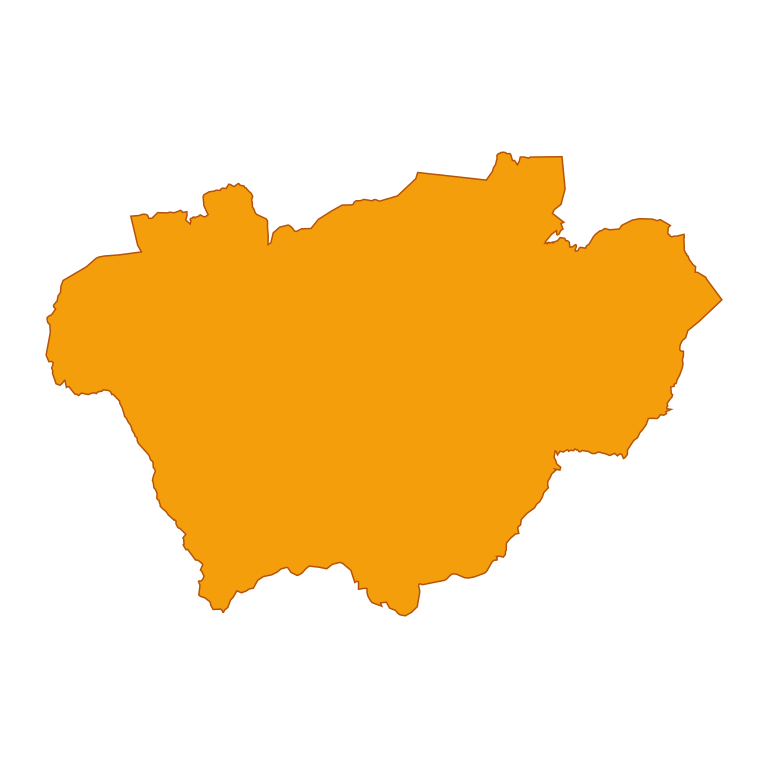 Taretan, Michoacán, Mexico
{"feature_id": "50627088B53214631198114", "entity_name": "Taretan", "entity_type": "district", "adm_level": 2, "iso_a3": "MEX", "parent_name": "Mexico", "parent_adm1": "Michoacán", "projection": "robinson", "projection_center": [-101.91, 19.326], "detail": "fine", "context": "isolated", "style": "filled", "palette": "amber", "viewbox_px": 768, "rotation_deg": 0, "n_neighbors": 0, "source": "geoboundaries", "source_scale": "gbopen_adm2", "svg_char_len": 6088}
<svg xmlns="http://www.w3.org/2000/svg" viewBox="0 0 768 768"><path d="M506.3,550.1L506.4,543.2L510.1,538.6L515.4,534.0L518.8,533.4L517.6,527.4L520.6,524.8L521.2,519.9L522.1,518.5L527.2,513.2L534.4,508.0L536.6,504.2L539.8,501.5L542.2,497.4L543.8,492.6L548.4,487.7L547.7,485.1L547.8,481.4L550.3,477.3L551.6,474.1L555.8,470.2L554.8,469.1L559.9,470.1L560.7,467.3L556.7,463.9L555.5,459.8L554.1,457.5L555.1,450.9L556.1,451.3L557.5,454.9L560.0,451.3L563.5,452.0L566.4,450.1L567.8,449.8L568.6,451.3L570.7,450.2L573.5,450.7L575.0,448.9L576.7,450.0L577.5,449.7L579.0,451.6L580.1,451.8L582.2,450.5L588.2,451.4L592.1,453.5L595.2,453.5L598.3,452.0L605.9,453.9L609.7,455.5L614.7,453.4L617.4,455.8L619.9,453.9L620.7,454.0L621.7,454.3L623.4,458.5L624.7,457.9L627.3,454.6L627.5,450.0L632.5,442.3L633.9,440.4L637.5,437.7L640.0,432.5L642.6,429.7L646.2,424.6L648.3,418.7L650.1,418.3L657.0,418.5L658.4,417.5L660.4,414.7L663.8,415.2L666.5,413.6L665.8,411.8L671.1,409.4L666.7,408.7L666.9,406.6L667.7,405.9L667.2,403.9L667.5,402.9L670.7,398.4L671.8,397.4L672.5,395.2L672.5,394.5L671.3,393.7L670.8,387.0L674.1,386.3L674.1,384.2L676.1,383.5L677.2,379.6L679.6,375.2L682.3,367.8L683.0,364.0L682.4,359.8L683.4,356.2L683.5,351.7L683.4,351.2L681.4,351.3L679.8,349.9L679.8,347.2L680.5,344.0L682.4,340.5L685.7,337.7L687.8,330.6L699.2,321.3L721.9,299.8L706.5,279.0L705.9,277.4L697.7,272.4L695.2,272.2L695.6,266.6L693.2,264.9L689.3,259.6L688.0,256.0L686.8,255.5L686.6,253.8L685.6,253.2L684.3,250.1L683.9,237.6L684.3,237.5L684.0,234.3L676.9,236.1L673.8,236.2L671.9,236.8L670.4,236.3L669.9,235.3L667.8,233.8L668.2,227.7L670.4,225.5L660.2,219.6L657.0,220.7L652.5,219.1L639.3,218.7L632.3,220.1L622.6,224.9L621.5,225.7L619.4,229.0L609.8,229.8L604.7,228.5L601.9,230.5L599.6,231.0L595.3,234.5L593.5,236.6L589.1,244.1L586.3,246.1L585.6,248.2L580.6,247.3L579.2,248.1L578.1,250.5L576.4,251.1L575.6,251.1L575.0,250.3L576.4,246.5L576.1,244.9L575.5,244.6L572.5,246.8L569.9,247.1L569.3,242.3L567.8,240.9L565.7,240.5L564.9,238.6L564.2,238.2L560.2,237.6L557.5,240.7L554.3,241.9L553.4,243.0L553.0,243.0L552.9,242.0L549.7,243.0L548.9,242.2L547.4,243.6L547.3,242.8L545.1,243.3L545.5,242.8L545.3,241.9L551.7,234.1L556.4,230.7L556.8,234.6L557.5,234.9L559.1,233.9L560.9,230.3L563.0,229.1L560.9,223.5L563.9,222.3L552.4,213.4L554.3,209.6L561.0,204.4L565.1,188.9L562.0,156.7L530.1,157.1L528.9,158.2L524.2,157.0L520.3,157.0L519.2,161.4L517.4,164.8L514.6,160.5L512.5,160.5L510.7,154.5L509.9,153.6L506.9,153.7L505.6,152.6L503.1,152.2L500.4,152.6L499.9,153.5L498.4,153.6L496.9,155.3L497.1,158.2L495.6,164.4L493.5,167.7L492.5,171.3L486.3,180.1L417.7,172.5L415.8,178.7L397.5,195.9L379.4,201.2L375.4,199.5L373.4,199.9L372.1,200.8L364.0,199.4L360.5,200.7L356.0,200.8L354.1,202.3L353.1,204.4L351.4,204.9L342.1,205.1L331.5,211.0L318.3,219.4L311.0,228.5L301.6,228.8L296.3,231.5L294.5,231.0L292.2,227.8L289.1,225.3L287.8,225.1L279.6,227.2L273.2,232.9L270.9,242.8L268.0,244.6L268.2,236.2L267.5,227.8L267.5,220.9L266.2,218.9L256.6,214.4L255.2,212.7L253.9,209.1L252.4,206.9L252.3,202.7L251.6,199.7L252.7,196.5L251.2,193.4L247.4,189.8L246.2,188.0L244.8,187.6L244.0,186.0L240.1,185.2L238.8,183.6L238.1,183.6L234.4,186.4L232.5,185.9L230.7,184.6L228.8,184.2L226.0,188.5L222.5,188.1L221.2,188.7L220.3,190.4L216.0,190.2L214.3,191.1L209.1,191.8L204.0,194.7L203.1,196.6L203.9,205.7L208.1,214.7L205.7,216.5L204.1,216.9L200.1,214.8L199.4,215.8L194.6,217.7L194.2,217.1L193.1,217.1L191.9,218.3L190.8,218.4L190.2,219.0L190.1,220.0L191.0,220.8L190.2,224.0L185.7,219.9L187.0,215.7L186.9,211.7L182.7,212.4L180.8,210.3L174.1,212.8L169.5,212.1L167.9,212.9L157.8,212.6L151.8,218.3L148.9,218.4L147.5,215.1L145.4,214.3L142.4,214.3L139.1,215.5L130.8,216.2L137.7,245.4L141.5,251.9L119.0,254.9L104.5,256.0L98.6,257.1L95.7,258.6L86.4,266.8L63.1,280.5L60.9,286.3L60.5,292.5L58.0,296.0L57.2,300.7L53.5,305.3L53.8,307.2L55.7,308.9L51.5,314.8L49.3,315.8L47.2,317.5L47.1,319.2L47.7,322.4L49.9,324.9L50.3,332.7L46.1,355.1L48.9,361.7L51.7,361.5L53.0,362.4L52.9,364.9L51.6,368.0L52.8,371.0L52.5,373.3L56.1,383.8L59.5,385.1L60.5,385.0L63.6,381.8L64.4,380.3L65.0,380.3L66.4,387.4L67.7,386.6L68.9,386.7L74.8,394.1L76.5,394.2L78.7,395.5L81.5,393.1L88.2,394.6L92.3,393.0L94.5,392.9L96.3,393.6L98.2,391.8L101.9,391.2L103.4,389.8L109.0,390.6L110.8,392.1L111.7,394.5L113.1,394.3L119.6,401.2L119.9,403.5L122.0,407.5L124.0,413.5L124.5,416.3L126.2,418.0L128.4,422.3L130.8,425.5L132.2,430.3L134.4,433.9L135.0,436.1L137.2,438.2L137.2,440.6L138.3,443.3L149.0,455.2L150.6,459.9L152.9,461.7L153.3,467.5L154.7,469.1L155.3,471.4L153.6,475.5L152.4,480.4L153.2,482.4L153.9,487.7L155.6,489.8L157.1,493.6L156.8,498.2L157.6,499.6L159.0,500.3L159.5,503.1L160.2,504.4L160.1,506.0L163.1,509.2L165.8,511.3L168.6,515.2L174.1,520.2L174.5,519.6L176.0,521.1L176.0,523.8L177.6,527.1L178.9,528.2L180.0,528.4L185.8,534.3L182.9,537.9L183.7,539.1L184.0,544.4L183.2,544.7L183.3,545.2L186.0,549.8L187.6,549.3L195.5,560.0L198.1,560.3L202.0,563.5L202.8,564.7L200.4,570.0L201.8,571.4L204.0,576.1L202.8,579.2L200.8,581.2L199.2,580.9L198.5,581.4L200.0,585.3L198.8,595.0L200.6,596.5L204.5,597.6L209.6,601.5L210.4,602.7L210.6,604.9L213.1,609.5L220.7,609.1L222.2,610.5L222.8,612.2L223.5,612.3L224.6,610.0L227.7,607.6L230.6,600.0L233.1,597.3L236.9,590.8L241.4,592.8L246.2,591.0L249.6,588.8L253.3,588.3L257.7,580.3L263.3,576.6L271.7,574.8L277.3,572.0L280.9,569.0L286.6,567.4L287.9,567.8L291.0,572.4L297.0,575.4L298.8,574.9L302.1,573.0L305.9,568.7L309.2,566.1L319.2,567.2L326.7,568.8L332.3,564.3L340.0,562.4L342.8,563.5L350.9,570.3L354.8,582.5L356.9,581.3L358.5,581.8L358.5,589.3L363.7,588.4L366.9,588.4L367.1,593.1L368.1,596.5L370.6,600.9L372.2,602.7L381.8,606.2L380.5,602.9L386.4,602.2L389.6,608.1L395.5,610.4L398.1,613.5L400.0,614.8L405.3,615.8L411.4,612.4L417.2,606.8L419.7,592.5L419.6,589.8L418.7,586.4L418.9,584.2L420.4,583.9L422.4,584.7L444.6,580.3L446.9,578.8L450.3,575.2L452.9,573.8L456.2,574.1L464.9,577.8L468.7,578.0L474.6,576.8L484.8,573.0L486.6,571.4L492.3,561.5L494.2,560.3L497.0,560.0L497.2,558.0L496.4,556.5L499.4,556.2L503.3,557.1L505.3,554.5L505.6,551.2L506.3,550.1Z" fill="#f59e0b" stroke="#b45309" stroke-width="1.5"/></svg>